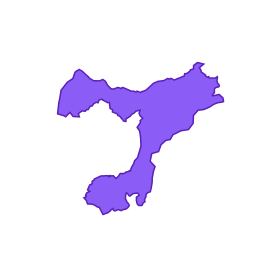 Praitori, Paphos, Cyprus (Robinson projection), rotated 24°
{"feature_id": "46923920B29566977103124", "entity_name": "Praitori", "entity_type": "district", "adm_level": 2, "iso_a3": "CYP", "parent_name": "Cyprus", "parent_adm1": "Paphos", "projection": "robinson", "projection_center": [32.742, 34.839], "detail": "fine", "context": "isolated", "style": "filled", "palette": "violet", "viewbox_px": 256, "rotation_deg": 24, "n_neighbors": 0, "source": "geoboundaries", "source_scale": "gbopen_adm2", "svg_char_len": 3243}
<svg xmlns="http://www.w3.org/2000/svg" viewBox="0 0 256 256"><g transform="rotate(24 128 128)"><path d="M164.6,40.1L163.9,41.7L162.5,44.2L163.8,47.5L161.5,49.3L161.2,51.4L159.9,53.6L159.2,54.6L157.7,55.3L158.2,57.8L156.8,58.9L156.0,60.0L155.0,61.0L153.5,62.4L151.1,65.0L150.7,65.4L148.4,65.2L146.8,65.3L146.0,66.5L144.2,66.6L143.2,67.8L141.5,70.1L136.4,73.2L133.0,76.9L131.5,80.6L129.0,86.1L126.5,88.8L126.0,88.8L125.3,90.4L121.2,90.7L120.6,91.9L117.9,92.1L116.3,93.0L112.4,93.0L110.7,93.0L106.7,93.1L105.1,95.1L104.4,94.7L102.2,95.1L99.1,98.2L96.7,99.1L91.8,97.2L88.4,94.5L85.3,93.9L82.7,96.6L77.3,98.8L72.4,98.2L71.4,97.5L68.5,96.6L62.9,94.7L59.6,94.4L57.3,97.7L57.2,97.4L57.0,99.3L57.5,105.3L54.0,110.8L51.5,120.7L53.7,129.0L54.4,132.6L57.9,143.7L58.4,143.7L64.8,142.8L66.5,143.1L68.6,137.4L73.2,139.8L79.0,137.6L76.8,135.0L79.0,131.1L82.1,130.1L82.7,128.1L84.1,127.4L84.6,123.5L86.3,122.4L86.8,119.7L88.6,117.4L90.4,117.1L90.2,114.2L90.9,113.6L92.1,112.5L93.1,112.4L93.5,112.8L96.0,112.8L98.9,113.2L100.6,112.3L103.7,117.5L106.3,117.5L107.3,119.7L110.3,119.5L112.8,119.5L113.4,120.6L116.0,120.7L117.5,121.6L119.5,122.5L121.3,123.5L123.4,122.9L122.5,120.3L123.9,118.5L125.2,116.5L125.9,113.8L127.4,112.1L128.4,109.4L131.8,106.8L132.1,110.1L134.0,111.9L137.4,113.0L136.1,116.6L137.2,117.7L136.1,123.8L139.6,125.8L141.7,128.8L143.7,132.2L145.4,135.6L147.1,138.9L147.7,142.6L148.2,146.9L148.8,151.1L148.0,153.5L147.3,155.1L147.7,158.1L147.4,160.7L147.2,163.8L147.9,165.6L147.3,166.3L146.8,166.2L146.3,167.0L146.3,167.5L143.8,169.3L143.8,170.0L141.9,172.0L141.6,171.8L139.7,172.5L139.3,173.0L138.8,176.2L137.6,179.0L134.1,177.6L132.4,178.4L131.7,178.8L130.9,178.7L130.8,179.3L131.0,180.0L130.0,180.3L129.7,179.6L127.9,180.2L126.2,181.2L122.8,182.8L118.0,188.3L118.0,189.7L116.9,191.3L118.0,193.5L116.2,195.6L116.2,201.0L118.8,201.5L116.8,203.8L116.5,206.6L117.9,207.7L116.8,208.9L116.1,209.7L119.5,211.2L121.9,213.8L126.2,212.2L129.2,212.0L131.7,212.6L134.1,212.2L140.3,217.2L142.4,215.2L143.8,214.0L145.3,211.5L146.1,209.0L147.0,207.7L148.1,209.0L149.8,209.1L151.3,207.4L152.8,206.3L154.9,206.4L155.9,205.8L156.6,204.6L158.9,203.1L160.0,201.3L160.5,199.8L160.6,199.4L160.6,198.1L159.1,196.9L157.2,196.1L156.1,195.0L154.7,193.9L153.8,192.3L153.0,189.5L153.0,187.9L154.6,188.3L156.5,189.5L157.5,189.4L158.4,187.8L159.3,185.9L161.4,184.6L163.4,183.5L165.6,184.9L163.8,187.7L165.1,190.8L167.4,193.7L169.2,194.4L171.2,193.7L172.3,193.0L172.4,190.1L173.5,188.5L172.2,186.6L172.4,183.6L171.5,181.4L172.3,179.1L174.3,177.2L173.6,173.3L172.1,167.7L170.5,163.9L168.9,157.3L168.4,152.2L161.8,149.4L160.1,141.7L165.5,137.1L165.0,129.8L167.6,123.9L171.3,121.3L171.7,116.0L177.5,109.0L183.9,104.8L185.6,97.3L182.7,89.9L184.8,83.2L189.6,80.4L193.9,75.8L196.6,71.6L199.5,68.6L204.0,65.6L204.4,65.1L204.5,64.9L202.4,61.8L199.8,61.0L197.7,60.3L195.8,61.6L192.5,64.1L191.6,63.5L192.6,60.6L191.2,57.6L191.4,56.0L192.3,54.8L193.9,53.8L194.4,52.6L193.7,51.6L191.6,50.6L189.9,48.4L189.1,45.2L188.7,44.8L187.2,47.1L184.2,48.2L182.4,49.3L181.6,49.1L180.9,48.2L179.9,49.3L177.3,48.8L177.2,48.1L176.6,47.9L172.1,47.0L171.3,45.6L168.7,43.9L171.2,38.8L169.4,39.1L167.5,39.5L166.7,39.5L165.1,40.0L164.6,40.1Z" fill="#8b5cf6" stroke="#5b21b6" stroke-width="1.5"/></g></svg>